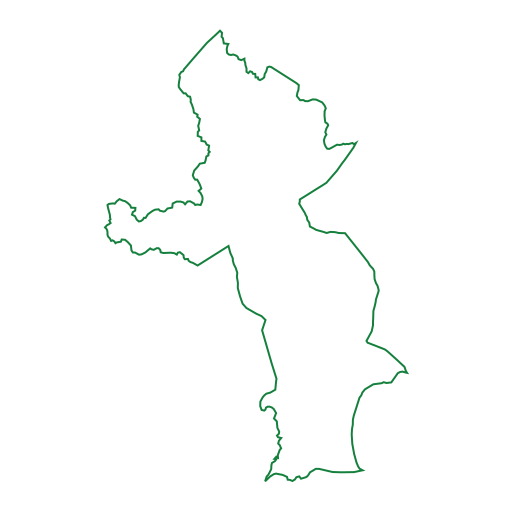 the district of Camaquã, Rio Grande do Sul, Brazil
{"feature_id": "56859067B61362337582377", "entity_name": "Camaquã", "entity_type": "district", "adm_level": 2, "iso_a3": "BRA", "parent_name": "Brazil", "parent_adm1": "Rio Grande do Sul", "projection": "natural_earth1", "projection_center": [-51.838, -30.928], "detail": "fine", "context": "isolated", "style": "outline", "palette": "green", "viewbox_px": 512, "rotation_deg": 0, "n_neighbors": 0, "source": "geoboundaries", "source_scale": "gbopen_adm2", "svg_char_len": 4901}
<svg xmlns="http://www.w3.org/2000/svg" viewBox="0 0 512 512"><path d="M115.5,243.2L116.8,242.4L120.9,241.7L121.7,239.5L125.1,239.8L127.8,242.1L130.9,245.5L131.5,250.5L132.9,252.5L135.0,252.5L139.0,254.7L141.5,254.4L145.3,252.5L150.2,248.4L151.5,249.3L153.8,249.8L156.7,248.2L158.6,248.2L160.2,249.8L160.7,252.3L163.4,253.0L170.8,252.7L174.4,253.2L176.8,254.6L177.8,252.7L179.9,252.2L183.5,255.1L183.8,257.7L184.8,259.2L188.0,259.0L188.6,260.7L190.5,262.1L192.8,262.8L197.6,265.5L228.5,246.0L230.3,252.9L232.8,258.4L232.8,260.4L233.8,264.2L235.8,268.1L237.3,272.9L236.9,276.8L237.9,282.8L237.8,288.1L240.1,296.5L242.6,303.7L246.4,308.0L256.3,313.7L261.5,316.1L265.5,320.0L262.1,330.3L271.7,363.5L276.5,378.8L276.1,381.2L275.5,387.7L275.3,389.7L270.3,392.6L266.3,393.7L264.2,395.5L262.7,397.3L260.4,401.5L260.2,406.0L261.6,409.9L264.2,410.6L265.4,409.6L266.0,407.6L267.7,406.7L269.7,406.7L271.9,407.5L273.8,409.1L276.1,413.1L274.0,418.5L276.8,421.4L277.4,427.9L279.2,431.6L278.9,433.7L277.0,435.6L278.0,437.2L281.2,438.0L278.9,440.8L278.2,443.6L279.7,445.1L281.1,448.4L279.7,450.0L277.8,455.2L278.0,457.7L276.3,456.7L274.4,458.9L276.3,459.2L274.9,461.2L272.0,462.9L271.4,465.2L271.2,469.2L268.5,474.5L266.7,476.5L265.1,481.3L270.0,476.6L273.7,474.2L275.9,473.6L282.7,474.9L287.0,476.9L287.7,479.7L289.9,479.9L292.4,481.0L294.9,479.5L296.4,477.2L299.2,476.4L301.0,478.7L303.7,477.9L305.9,477.2L307.2,476.4L308.7,474.5L310.0,472.3L311.9,471.2L315.7,468.9L319.2,468.9L332.5,472.0L341.1,472.3L354.0,472.1L362.6,470.3L359.6,468.7L358.0,466.2L357.3,464.4L356.5,462.5L354.1,453.8L352.3,443.9L351.7,434.5L352.0,429.1L352.8,424.6L352.9,419.7L353.9,415.3L359.5,397.7L361.3,395.3L362.4,392.5L365.0,389.3L373.3,384.3L381.7,383.2L383.7,382.2L386.5,383.0L391.3,382.4L397.8,373.2L400.1,372.0L402.5,371.6L404.8,372.3L407.0,372.8L405.9,371.1L404.5,366.9L397.1,360.0L387.3,351.2L384.8,349.4L367.6,342.7L366.5,340.9L371.7,331.3L373.0,325.3L373.0,321.9L373.2,318.1L373.3,314.6L373.4,310.9L374.4,307.4L375.1,304.5L375.7,301.8L375.9,299.6L377.1,295.9L378.7,290.8L378.3,288.5L377.4,285.5L376.0,283.2L374.6,279.1L374.4,276.0L374.3,271.6L373.1,268.9L369.8,265.4L367.9,262.0L360.6,252.7L346.2,234.6L345.1,233.2L338.6,233.0L336.3,232.4L334.6,232.1L332.6,232.0L330.3,231.9L326.7,233.0L323.5,231.9L320.9,231.2L316.2,229.9L314.3,228.8L309.9,226.5L309.2,222.5L307.3,219.9L306.9,217.1L305.8,215.2L304.7,212.7L302.7,209.5L299.2,203.8L299.8,201.5L299.8,199.5L312.1,191.8L314.3,190.4L322.2,185.5L326.4,182.8L337.0,170.6L342.2,163.2L344.7,160.0L353.4,147.7L355.9,143.0L354.0,144.2L352.4,143.0L348.5,144.1L346.7,143.9L345.0,144.3L343.3,143.7L341.8,144.6L339.6,145.0L337.0,144.7L331.1,148.0L329.2,148.9L327.2,148.7L325.6,146.5L324.5,143.9L323.9,140.3L324.9,137.0L326.4,134.6L325.3,132.2L326.4,128.5L328.2,125.3L327.4,123.6L325.4,122.4L325.0,120.4L324.5,115.8L324.6,111.3L325.8,108.3L324.5,105.4L322.2,102.4L316.2,99.6L312.7,99.4L307.9,101.2L305.0,101.1L303.6,100.1L300.1,100.2L296.8,96.0L297.5,92.3L298.4,90.1L298.8,85.1L296.4,83.1L271.1,67.0L269.3,66.6L267.4,67.3L266.2,71.6L264.7,74.1L264.2,77.4L262.5,78.8L260.0,80.1L258.3,79.3L257.9,77.4L255.6,77.4L255.2,73.9L253.0,73.8L252.0,72.0L250.1,71.3L248.3,73.1L246.5,71.8L246.5,68.4L245.5,65.3L245.2,62.7L244.4,60.7L244.4,58.7L241.3,60.1L238.6,59.2L237.6,56.7L236.4,55.7L233.2,54.5L231.0,55.0L228.8,54.5L227.1,52.9L226.7,49.0L227.5,45.6L228.3,44.0L223.8,43.4L222.9,38.2L221.6,36.8L222.0,32.8L220.0,30.7L216.7,33.9L207.0,42.8L192.5,59.4L184.0,69.3L183.1,71.2L181.3,72.0L179.3,74.8L179.9,77.4L179.1,81.7L178.7,84.9L178.8,87.0L180.1,89.0L183.6,93.3L185.6,93.3L187.8,96.2L190.1,96.7L190.8,99.8L190.6,101.8L191.9,104.6L193.4,109.1L193.9,112.6L196.1,113.8L197.6,114.7L197.2,116.7L199.9,118.9L199.3,122.3L198.2,125.9L199.2,130.3L197.8,131.9L197.7,135.9L201.4,137.4L201.4,140.9L205.1,141.6L206.7,144.6L209.1,145.6L208.6,148.6L208.3,150.4L209.7,151.9L208.4,153.3L208.4,155.4L206.4,156.4L205.5,160.7L204.7,162.8L199.8,163.7L198.1,166.2L194.2,170.6L192.8,175.2L193.8,177.8L195.2,179.7L197.2,179.7L199.0,182.9L199.9,184.7L201.3,188.6L198.6,190.9L200.7,193.2L202.3,196.5L202.6,198.9L201.9,202.1L200.6,205.0L197.2,204.5L195.2,205.0L194.1,203.5L190.1,201.3L187.5,201.5L185.1,204.3L183.5,202.5L180.6,201.6L176.6,201.6L172.7,203.5L172.2,207.6L167.5,208.5L165.1,211.1L163.7,211.6L159.9,210.7L158.6,209.3L155.0,209.7L152.6,210.9L150.2,212.6L147.8,214.4L145.6,217.9L143.9,217.8L143.0,219.5L141.0,221.0L138.9,221.5L136.7,219.6L135.0,216.2L132.0,214.7L132.8,212.1L135.2,210.6L135.4,207.9L131.1,207.7L130.2,205.4L127.7,203.0L125.1,201.2L122.7,200.6L119.5,199.1L116.7,201.3L114.8,203.7L113.1,203.4L108.9,203.9L107.5,205.0L107.9,207.3L108.7,210.4L109.9,214.9L110.0,217.3L110.5,219.3L109.3,220.5L110.6,223.0L109.0,224.2L107.0,225.2L105.0,227.4L106.2,228.5L107.2,230.3L107.5,232.4L107.5,234.7L108.1,236.6L109.9,238.5L111.1,240.9L112.5,240.3L114.3,241.4L115.5,243.2Z" fill="none" stroke="#15803d" stroke-width="2"/></svg>